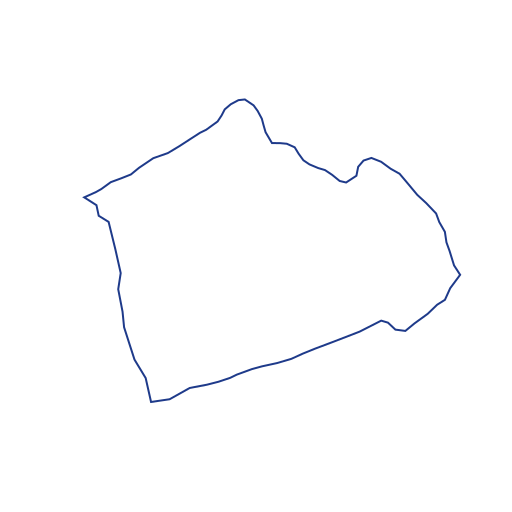 the district of Agia Eirini Keryneias, Cyprus, rotated 54°
{"feature_id": "46923920B99001486535743", "entity_name": "Agia Eirini Keryneias", "entity_type": "district", "adm_level": 2, "iso_a3": "CYP", "parent_name": "Cyprus", "parent_adm1": "", "projection": "robinson", "projection_center": [32.969, 35.29], "detail": "fine", "context": "isolated", "style": "outline", "palette": "blue", "viewbox_px": 512, "rotation_deg": 54, "n_neighbors": 0, "source": "geoboundaries", "source_scale": "gbopen_adm2", "svg_char_len": 1234}
<svg xmlns="http://www.w3.org/2000/svg" viewBox="0 0 512 512"><g transform="rotate(54 256 256)"><path d="M312.4,426.7L321.1,410.1L323.8,387.2L331.3,371.3L335.7,360.2L339.4,348.5L340.7,341.2L345.1,325.8L348.8,316.0L355.0,301.9L360.0,287.8L362.5,275.5L365.7,262.6L370.6,244.8L378.1,216.6L381.9,192.7L387.5,188.4L397.5,186.5L404.4,179.2L403.7,167.5L403.7,151.0L401.9,138.1L402.5,128.9L396.2,117.8L391.2,101.9L380.0,101.3L365.6,96.4L356.9,93.9L347.5,89.0L336.3,87.8L327.5,85.3L313.2,87.2L301.3,89.6L283.2,90.8L273.9,91.5L264.5,95.8L253.3,99.4L244.5,105.0L242.0,112.9L243.9,120.9L250.1,127.6L249.5,139.9L244.5,144.2L235.1,146.7L227.0,149.7L221.4,154.0L213.3,158.9L206.4,161.4L198.3,161.4L190.8,160.8L183.3,165.1L179.0,170.0L174.0,176.7L161.5,175.5L154.6,173.0L148.4,170.6L139.6,169.4L132.7,169.4L122.8,173.0L119.6,178.6L118.4,187.2L119.0,195.1L122.1,201.3L124.6,208.0L124.6,216.0L124.6,222.1L123.4,228.9L122.8,239.9L122.1,253.4L120.9,266.9L116.5,281.6L115.9,298.8L116.5,309.3L114.0,319.1L110.9,330.1L110.9,341.8L110.2,347.9L107.6,360.5L121.1,355.2L131.0,359.6L141.8,355.2L167.8,365.8L190.3,375.5L201.9,387.0L222.6,396.7L236.1,404.6L252.2,409.9L268.4,415.2L289.9,417.0L312.4,426.7Z" fill="none" stroke="#1e3a8a" stroke-width="2"/></g></svg>